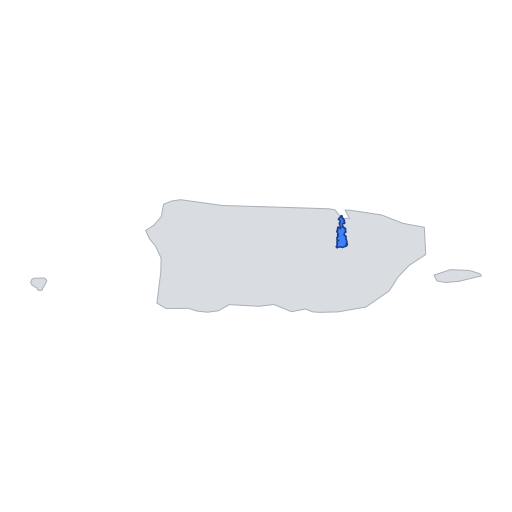 Guaynabo, Puerto Rico (highlighted)
{"feature_id": "32010507B75781996269938", "entity_name": "Guaynabo", "entity_type": "district", "adm_level": 2, "iso_a3": "PRI", "parent_name": "Puerto Rico", "parent_adm1": "", "projection": "robinson", "projection_center": [-66.113, 18.359], "detail": "fine", "context": "in_parent", "style": "filled", "palette": "blue", "viewbox_px": 512, "rotation_deg": 0, "n_neighbors": 0, "source": "geoboundaries", "source_scale": "gbopen_adm2", "svg_char_len": 3453}
<svg xmlns="http://www.w3.org/2000/svg" viewBox="0 0 512 512"><path d="M339.0,214.8L344.2,218.7L349.4,218.1L345.2,210.1L349.0,210.1L381.7,215.0L402.7,223.3L424.3,227.3L425.7,254.5L409.1,265.4L398.2,276.8L389.3,290.8L366.0,307.0L337.9,311.9L319.3,312.3L312.3,311.8L305.5,309.0L291.4,311.7L273.9,304.5L259.0,306.3L229.3,304.6L218.2,310.8L207.5,312.2L197.1,311.1L188.2,308.3L166.2,308.5L156.9,303.1L160.8,272.1L161.1,258.1L155.8,246.5L149.8,239.2L145.6,230.5L154.2,224.9L161.3,216.6L163.6,204.2L171.4,201.1L180.5,199.7L222.5,205.5L328.9,208.8L334.9,209.8L339.0,214.8ZM459.0,281.3L445.6,282.5L436.9,280.9L434.0,275.1L450.2,269.7L469.1,270.4L479.9,273.7L481.3,275.9L459.0,281.3ZM41.7,290.3L40.1,290.4L38.5,290.3L37.8,289.7L36.7,287.9L31.9,285.0L30.7,282.3L31.8,279.4L33.8,278.3L43.7,278.0L44.7,278.3L46.7,280.2L46.7,281.6L45.7,283.0L44.0,286.4L43.3,287.3L42.7,288.1L42.5,289.7L41.7,290.3Z" fill="#d9dde1" stroke="#a8b0b8" stroke-width="1"/><path d="M338.6,218.8L338.5,219.6L339.0,219.6L339.3,219.8L339.7,220.0L340.4,220.8L339.9,221.7L339.7,222.5L339.4,222.8L339.2,223.1L339.5,223.4L339.9,223.8L339.5,224.4L339.6,224.7L339.7,224.9L339.8,225.2L339.9,225.7L340.4,226.6L340.7,227.1L340.9,227.7L340.4,227.9L340.2,228.3L339.8,228.1L339.3,227.8L338.7,227.4L338.1,227.0L337.7,227.4L337.6,227.6L337.6,228.0L338.1,228.6L338.0,228.9L337.6,228.8L337.5,229.0L337.6,230.0L337.5,230.6L337.4,231.0L337.0,230.8L336.9,231.2L336.8,231.8L337.3,232.3L337.8,233.4L337.9,233.8L337.8,234.4L337.5,234.7L337.6,235.0L338.1,235.1L337.8,235.9L337.9,236.1L338.3,236.2L338.2,236.4L337.8,236.6L337.4,236.8L337.3,237.0L336.9,237.5L337.1,238.0L336.9,238.4L336.9,239.2L337.1,239.4L337.3,239.8L338.1,240.4L338.5,240.5L338.4,240.7L337.6,240.9L337.0,241.0L336.9,241.5L337.2,241.7L337.0,242.1L337.0,242.9L337.1,243.1L337.4,243.3L337.5,243.5L337.3,244.2L337.0,244.2L337.0,244.7L336.9,245.2L337.1,245.7L337.1,246.1L336.5,246.5L336.9,246.7L336.5,247.2L336.9,247.6L337.0,247.2L337.3,247.3L337.7,247.4L338.0,247.2L340.3,246.9L341.2,247.2L342.0,247.2L342.5,247.5L344.0,246.8L344.2,246.7L344.7,246.4L344.8,246.6L345.4,246.6L345.7,246.3L346.3,246.1L346.4,245.9L346.2,245.5L346.3,245.4L347.1,245.1L347.0,244.8L347.2,244.7L347.3,244.3L346.7,244.2L347.3,243.7L347.0,243.2L346.5,243.1L346.6,242.7L346.5,242.4L346.8,242.2L347.0,241.9L346.9,241.2L346.6,240.7L346.6,240.4L346.5,240.0L346.3,239.7L346.1,239.7L345.9,239.3L346.1,239.1L345.9,238.9L345.9,238.6L346.1,237.7L346.0,237.3L346.2,236.7L346.1,236.4L345.7,236.3L345.3,235.8L344.9,235.8L344.8,235.5L344.6,235.8L344.7,235.4L344.4,235.3L344.0,234.9L344.3,234.4L344.4,233.5L344.3,233.2L344.6,232.7L344.3,232.3L344.6,232.5L344.8,232.3L345.3,232.1L345.8,232.2L346.0,232.0L345.8,231.6L345.6,231.2L345.4,231.2L345.4,230.7L345.7,230.3L345.7,230.2L345.6,229.9L345.5,229.7L345.3,229.6L345.3,229.0L345.6,228.6L345.3,228.4L345.0,228.2L344.9,228.1L344.8,227.9L344.3,227.7L344.0,227.5L343.8,227.6L343.6,227.6L342.9,227.0L343.2,226.7L343.0,226.2L342.7,226.2L342.6,225.9L342.6,224.2L342.5,223.9L342.9,223.2L343.0,223.2L343.6,223.2L343.9,223.2L344.2,223.4L344.4,223.5L344.6,223.4L344.8,223.0L344.8,222.5L344.3,221.6L344.1,221.5L344.0,221.3L344.0,220.9L344.4,220.4L344.2,220.1L344.1,219.8L343.3,218.9L342.8,218.3L342.7,218.3L342.7,218.2L342.2,218.1L342.2,217.7L342.2,216.4L341.8,215.9L341.8,215.7L341.5,215.7L341.3,215.8L341.2,215.8L341.1,216.0L340.8,216.3L340.5,216.6L340.2,216.9L340.0,217.1L338.7,218.7L338.6,218.8Z" fill="#3b82f6" stroke="#1e3a8a" stroke-width="1.5"/></svg>